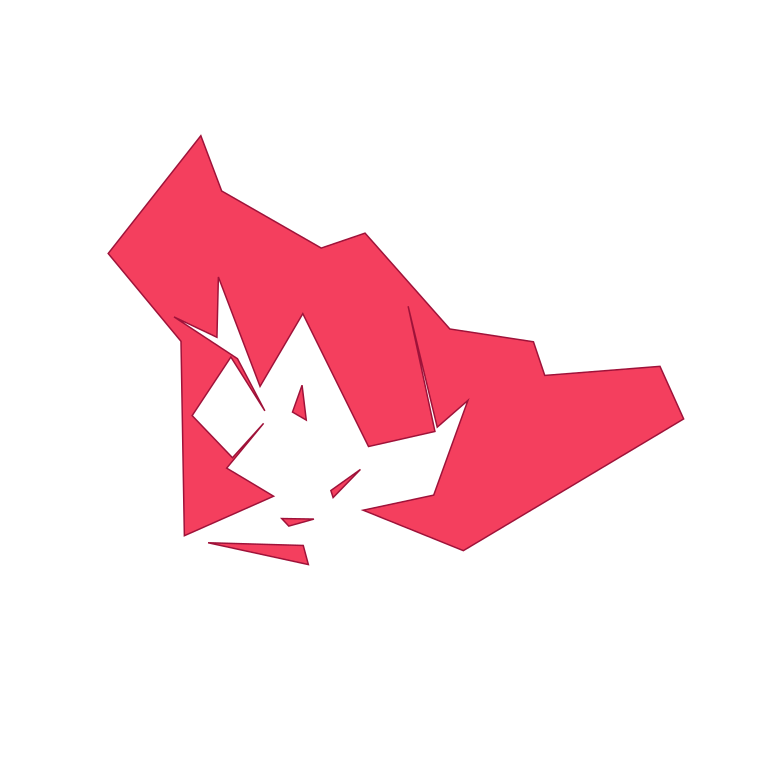 an SVG outline of Rogaland, rotated 284°
{"feature_id": "NOR-914", "entity_name": "Rogaland", "entity_type": "County", "adm_level": 1, "iso_a3": "NOR", "parent_name": "Norway", "parent_adm1": "", "projection": "orthographic", "projection_center": [5.997, 59.066], "detail": "coarse", "context": "isolated", "style": "filled", "palette": "rose", "viewbox_px": 768, "rotation_deg": 284, "n_neighbors": 0, "source": "natural_earth", "source_scale": "10m", "svg_char_len": 774}
<svg xmlns="http://www.w3.org/2000/svg" viewBox="0 0 768 768"><g transform="rotate(284 384 384)"><path d="M422.6,683.2L241.5,501.3L256.5,394.3L288.2,459.1L388.4,469.4L355.0,446.1L465.3,388.6L350.3,444.9L319.6,384.1L432.6,288.2L351.7,264.3L447.8,197.4L388.9,210.6L398.3,164.0L373.1,235.7L329.1,274.9L373.1,228.9L306.9,205.5L275.8,254.8L316.7,276.7L264.3,251.7L248.4,304.0L188.5,227.0L376.3,176.7L443.9,84.8L580.6,146.2L532.0,179.8L500.7,290.2L525.8,329.1L453.3,434.6L461.1,518.8L431.2,537.9L467.9,647.5L422.6,683.2ZM187.4,251.7L207.8,344.7L190.5,354.3L187.4,251.7ZM334.6,302.0L363.0,304.8L330.2,317.3L334.6,302.0ZM267.8,358.2L295.4,381.8L261.5,362.1L267.8,358.2ZM228.7,317.3L236.0,348.7L223.1,326.0L228.7,317.3Z" fill="#f43f5e" stroke="#9f1239" stroke-width="1.5"/></g></svg>